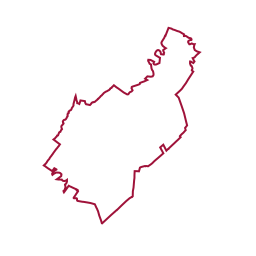 Luna, Cluj, Romania (Albers equal-area conic projection), rotated 252°
{"feature_id": "2599482B89175804727577", "entity_name": "Luna", "entity_type": "district", "adm_level": 2, "iso_a3": "ROU", "parent_name": "Romania", "parent_adm1": "Cluj", "projection": "albers", "projection_center": [23.938, 46.482], "detail": "fine", "context": "isolated", "style": "outline", "palette": "rose", "viewbox_px": 256, "rotation_deg": 252, "n_neighbors": 0, "source": "geoboundaries", "source_scale": "gbopen_adm2", "svg_char_len": 5683}
<svg xmlns="http://www.w3.org/2000/svg" viewBox="0 0 256 256"><g transform="rotate(252 128 128)"><path d="M187.1,217.3L187.4,216.2L188.7,214.8L188.6,214.2L188.5,212.7L188.7,212.2L189.1,212.1L190.9,211.7L191.3,211.8L191.9,212.1L192.2,212.8L192.4,213.9L192.4,214.5L192.1,215.3L192.3,215.7L193.0,215.8L193.6,215.7L193.9,215.3L194.3,214.9L194.9,213.7L195.1,213.5L196.7,212.3L197.8,211.3L198.0,210.6L198.0,209.8L198.1,209.6L199.5,210.0L199.8,210.2L202.0,208.2L202.7,207.7L203.8,206.6L205.1,204.7L206.7,202.8L208.1,200.8L209.0,200.2L210.7,197.5L204.1,192.1L204.3,191.8L202.6,190.4L199.7,186.9L198.9,186.2L198.4,186.0L197.0,186.0L195.4,186.4L193.7,187.5L192.6,188.2L192.2,188.6L191.7,186.9L191.2,185.5L190.4,185.4L188.3,185.6L188.0,185.3L187.8,185.1L186.9,184.8L186.9,184.6L186.9,184.4L187.4,183.4L188.0,182.2L189.1,182.2L189.6,182.4L190.5,182.4L191.3,182.1L192.3,181.5L192.7,181.0L192.9,180.5L192.7,179.2L191.9,178.1L191.4,177.5L190.5,176.8L189.9,176.5L189.4,176.5L188.9,176.6L188.1,177.2L185.5,179.5L184.9,180.1L180.1,178.0L179.8,175.6L179.7,174.4L180.0,173.1L180.6,172.4L181.6,172.2L182.3,172.7L182.9,173.3L183.8,172.4L185.8,170.4L186.6,168.4L185.7,167.9L183.7,168.3L182.4,168.4L181.3,169.5L177.5,168.8L176.6,168.8L175.6,168.9L174.9,169.2L174.3,169.3L173.5,169.3L171.5,169.0L170.5,168.6L169.5,167.4L169.7,165.6L171.1,162.4L169.6,159.5L167.7,161.1L167.3,157.7L167.3,156.5L167.2,153.4L166.4,153.0L166.1,152.6L166.1,152.2L166.0,150.7L166.0,147.0L166.0,145.0L165.9,144.3L165.7,144.1L165.2,144.0L164.8,143.7L164.6,143.6L163.9,143.8L163.4,143.8L162.6,144.0L162.4,144.0L161.8,143.0L161.6,142.4L161.5,141.0L161.3,140.5L160.5,139.3L160.0,138.8L160.2,137.6L163.1,134.9L168.4,131.1L170.4,129.5L173.0,127.8L172.1,126.1L171.8,125.3L171.2,124.7L171.2,123.7L170.9,123.1L170.5,122.9L170.3,122.4L169.9,121.5L169.9,121.1L169.5,119.4L169.4,118.1L169.1,117.0L168.7,115.7L167.9,114.5L167.8,114.1L167.1,113.1L166.9,112.2L165.9,110.6L165.6,109.9L165.0,108.9L165.1,108.7L165.0,108.4L164.8,108.4L164.6,108.0L164.0,106.6L163.8,105.9L163.1,104.5L163.1,104.0L163.3,103.6L163.1,103.2L163.4,102.5L163.4,102.2L163.2,101.7L163.2,101.3L162.7,100.8L162.6,100.5L162.2,100.1L161.6,98.9L162.9,96.7L163.5,95.5L163.6,95.4L165.0,95.1L166.9,95.3L168.9,91.3L167.7,90.5L165.9,89.1L166.9,88.2L167.3,87.4L168.6,87.7L169.7,87.6L170.8,87.6L171.7,87.8L174.6,88.1L173.4,87.1L171.0,85.7L168.0,83.8L167.5,83.5L166.4,83.2L165.9,82.8L164.2,80.6L163.3,80.0L162.9,79.5L162.7,79.2L162.6,78.7L162.6,78.0L162.5,77.6L162.0,77.0L161.9,76.6L160.7,76.4L160.5,76.2L160.3,75.7L160.4,75.2L159.5,74.8L159.1,74.4L158.7,74.4L158.1,74.4L157.5,73.8L157.3,73.3L156.4,72.6L155.6,71.6L155.4,71.1L155.3,70.8L155.5,70.0L155.3,69.3L155.3,69.2L154.5,68.1L153.9,68.1L153.1,67.8L152.8,67.9L152.4,68.2L152.2,68.1L152.0,67.9L151.9,67.6L151.5,67.2L151.2,66.6L150.9,65.9L150.4,65.3L149.9,65.0L148.6,64.8L147.6,64.9L147.3,64.9L146.9,64.3L146.7,63.8L146.5,63.6L146.1,63.2L145.3,62.6L145.2,62.4L145.3,61.7L145.1,61.2L143.3,59.7L142.7,59.3L142.6,59.0L142.5,58.8L142.7,58.2L142.2,57.8L141.8,57.3L141.6,56.7L140.8,55.5L140.1,53.6L136.2,56.3L133.5,58.2L133.0,57.5L132.5,57.0L131.8,55.8L130.6,54.1L130.2,53.3L127.4,49.4L126.4,48.2L126.1,47.6L125.7,47.2L123.8,44.4L123.2,43.9L122.8,43.4L122.1,42.1L121.4,41.2L121.1,40.7L120.5,40.2L119.3,38.4L119.1,37.7L118.7,37.0L118.4,36.4L117.1,37.5L116.2,38.1L113.9,39.8L113.7,40.0L110.4,42.6L110.8,43.0L111.7,44.4L112.5,45.5L110.8,47.1L110.6,47.1L110.4,46.2L110.2,45.5L109.6,43.9L109.3,43.3L109.0,43.1L108.4,42.1L108.1,41.8L107.7,41.6L106.8,41.7L107.3,43.1L107.5,43.8L107.7,45.2L107.8,45.9L107.7,46.3L107.1,48.0L106.7,48.9L106.0,49.7L105.2,50.1L104.6,50.4L104.3,50.1L103.4,49.9L102.9,49.6L102.8,49.4L101.2,44.5L101.0,44.9L100.5,45.9L99.9,47.6L99.4,49.1L98.8,49.2L97.8,49.9L97.3,50.9L97.2,51.3L97.2,52.7L97.1,52.8L97.5,53.9L95.9,53.4L95.0,52.7L94.7,52.3L94.3,52.1L93.7,50.6L93.3,50.5L92.0,50.5L90.3,49.9L90.1,49.8L89.9,49.4L89.4,49.1L88.4,48.3L88.2,47.9L88.2,47.4L88.1,47.2L87.2,47.1L86.6,47.2L88.0,49.2L91.4,53.8L90.5,54.6L89.6,55.7L88.7,56.6L86.3,59.2L86.0,59.3L85.9,59.6L85.7,59.6L85.6,59.8L85.2,59.9L85.3,60.0L84.9,60.2L84.8,60.4L84.8,60.6L84.7,60.6L84.4,60.9L84.3,61.1L84.2,61.2L84.1,61.4L84.0,61.5L83.9,61.8L83.9,61.5L83.7,61.3L83.2,60.9L81.2,58.2L80.4,57.3L80.0,56.8L79.4,56.0L79.3,55.8L79.1,55.7L78.8,55.2L78.3,54.7L78.0,54.8L77.8,55.0L77.2,57.1L76.9,57.5L76.3,57.6L74.9,57.2L74.5,57.3L74.2,57.6L72.0,61.7L71.5,62.9L69.7,66.4L68.2,69.2L66.0,72.5L65.7,72.9L64.8,73.0L62.1,73.3L60.4,73.6L59.6,73.6L58.2,73.8L53.7,73.6L48.5,73.8L45.5,73.7L45.3,73.9L50.5,85.1L53.5,92.0L53.4,92.1L56.1,97.5L59.0,103.6L60.8,108.0L60.9,109.0L61.3,110.0L61.1,110.5L61.6,111.4L62.2,111.6L66.4,113.1L69.5,114.8L76.4,117.7L78.5,118.7L81.2,119.6L84.9,121.0L84.1,123.4L83.4,125.0L84.4,125.7L86.6,127.1L86.7,127.5L86.8,128.1L86.8,129.1L86.6,132.3L86.2,132.8L86.3,133.3L85.9,134.3L85.4,135.2L86.4,138.6L87.0,140.2L88.2,142.5L89.0,144.3L90.0,146.8L93.0,153.8L99.6,152.6L101.2,156.4L94.6,157.5L95.7,159.7L95.8,160.1L95.7,160.2L96.0,160.5L98.0,164.7L99.1,167.1L100.5,170.0L101.3,171.8L103.0,175.2L104.2,174.8L104.3,174.9L105.5,177.1L106.4,179.2L107.7,181.4L108.1,182.2L110.4,182.3L112.2,185.0L115.4,185.2L124.7,185.9L132.5,185.8L140.8,185.6L141.4,185.5L145.0,183.7L147.6,189.4L148.7,191.5L149.1,192.0L150.2,193.4L152.8,197.0L155.6,200.2L161.5,207.5L162.6,206.7L163.2,206.5L163.4,206.6L164.4,207.6L165.3,207.8L167.3,207.7L167.6,207.5L167.9,207.0L168.9,207.0L169.9,206.9L170.4,207.0L172.1,207.6L172.0,207.9L171.7,208.3L170.8,209.1L169.6,210.2L170.7,211.8L172.3,211.4L174.5,211.1L174.5,212.2L174.7,213.3L175.6,214.7L176.4,216.2L176.9,217.5L177.8,219.6L179.6,217.2L181.5,215.6L184.3,215.5L186.4,216.7L187.1,217.3Z" fill="none" stroke="#9f1239" stroke-width="2"/></g></svg>